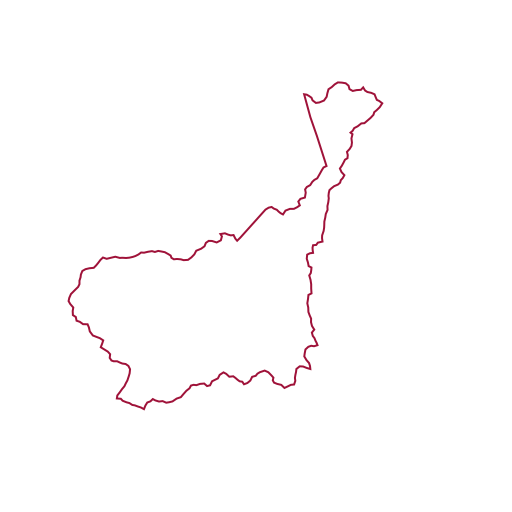 Jaraguá do Sul, Santa Catarina, Brazil, rotated 43°
{"feature_id": "56859067B43014186257508", "entity_name": "Jaraguá do Sul", "entity_type": "district", "adm_level": 2, "iso_a3": "BRA", "parent_name": "Brazil", "parent_adm1": "Santa Catarina", "projection": "mercator", "projection_center": [-49.158, -26.432], "detail": "fine", "context": "isolated", "style": "outline", "palette": "rose", "viewbox_px": 512, "rotation_deg": 43, "n_neighbors": 0, "source": "geoboundaries", "source_scale": "gbopen_adm2", "svg_char_len": 4007}
<svg xmlns="http://www.w3.org/2000/svg" viewBox="0 0 512 512"><g transform="rotate(43 256 256)"><path d="M290.4,424.5L292.2,422.2L294.1,419.3L295.2,414.4L297.3,410.5L297.1,406.4L297.0,402.0L297.6,398.1L296.8,395.1L298.2,392.8L300.5,391.1L302.3,387.7L305.1,384.6L308.9,384.5L310.6,381.9L309.3,377.6L310.6,374.1L311.6,371.5L310.5,367.7L311.6,363.3L314.6,362.5L318.8,362.5L321.4,359.5L324.0,359.2L327.0,359.1L329.5,358.8L331.7,357.3L334.7,358.0L336.3,354.8L336.8,351.0L335.6,347.0L337.5,343.8L337.3,341.1L338.1,338.3L340.5,333.9L344.3,332.6L348.7,332.8L351.7,333.1L353.1,335.5L355.6,336.3L358.7,335.1L362.4,333.0L366.8,333.1L368.2,329.6L369.4,326.4L371.5,324.0L369.9,320.5L367.6,318.6L365.9,316.1L364.3,313.4L362.6,311.1L363.2,306.9L365.8,304.7L369.4,303.3L372.8,301.6L370.5,299.6L367.8,298.1L363.9,297.7L359.8,296.5L358.1,294.1L355.9,290.6L356.2,286.7L357.6,284.0L360.0,282.4L361.8,279.3L359.6,278.2L357.3,277.4L354.8,276.2L352.0,275.7L349.1,273.9L348.8,270.1L344.7,269.0L341.4,266.9L339.0,264.2L335.9,262.9L332.5,261.2L329.4,258.1L325.8,255.6L323.3,251.9L320.9,248.7L322.1,245.5L318.6,242.2L315.6,239.0L312.2,236.3L308.2,233.9L307.7,231.1L306.0,228.6L304.4,226.6L301.4,227.5L298.4,225.3L295.0,223.4L292.5,220.1L293.6,217.2L295.6,214.8L293.5,213.1L291.7,211.4L290.4,209.2L292.5,206.8L292.1,204.1L294.8,200.1L292.1,197.9L290.3,195.8L288.4,191.6L286.5,188.8L284.8,186.8L282.5,184.2L280.4,180.6L278.4,177.7L276.9,173.5L274.2,170.8L272.2,167.4L269.9,164.2L268.0,162.6L266.2,160.2L264.8,157.7L265.0,155.1L265.5,151.7L267.2,147.9L267.5,145.0L266.3,142.7L266.3,139.8L265.5,136.6L261.3,136.3L257.7,134.8L257.2,131.4L256.3,127.9L255.4,124.9L256.2,122.1L254.3,119.6L251.5,117.8L251.5,113.8L250.8,110.4L248.8,107.6L245.6,104.9L243.5,101.1L241.0,101.3L241.3,98.5L240.6,95.5L241.9,91.8L242.6,87.2L244.7,84.9L245.1,81.3L245.6,76.8L245.6,72.6L244.4,70.2L244.8,67.1L245.0,62.8L244.2,58.2L240.3,58.6L237.9,59.4L235.6,58.4L232.4,56.9L229.0,58.1L225.6,60.1L222.9,60.6L219.4,59.6L219.4,62.9L216.4,66.1L214.2,69.3L210.6,70.2L207.5,68.3L203.8,68.5L200.6,70.6L197.5,73.2L196.5,76.8L196.2,80.8L195.3,84.6L197.2,88.3L199.1,91.4L199.7,95.9L197.6,100.5L195.4,103.2L191.2,103.6L188.6,102.4L185.7,102.8L183.1,103.4L180.9,104.9L201.1,117.4L218.7,126.7L246.2,142.1L245.0,145.2L245.6,148.3L246.7,152.7L247.8,157.4L246.8,160.5L246.6,163.4L247.3,167.2L246.1,170.9L246.5,173.8L249.2,175.8L251.9,179.9L249.5,183.9L249.8,187.3L253.5,189.1L252.8,192.3L251.6,195.6L248.6,198.5L246.6,202.7L247.4,207.2L244.8,207.9L242.3,208.1L239.7,208.0L236.6,209.2L234.0,209.5L232.3,212.0L231.3,215.6L232.0,253.2L231.8,257.7L229.1,257.4L225.3,256.0L223.5,258.1L221.0,259.4L217.8,260.6L215.0,264.2L217.7,264.9L219.6,268.5L218.0,272.9L213.6,275.0L211.1,277.2L210.4,280.6L211.7,284.0L210.9,288.1L208.7,292.9L209.8,296.9L209.7,301.1L208.9,305.2L205.9,308.4L203.3,309.7L200.2,312.1L198.2,314.4L195.4,315.0L193.3,313.9L190.7,314.4L186.7,315.4L183.6,317.3L181.0,319.0L179.3,322.0L176.6,323.4L174.1,326.6L171.9,329.9L169.6,331.8L169.0,335.0L167.8,338.3L166.5,340.7L164.6,343.5L162.3,346.1L159.5,348.4L157.7,350.3L153.6,352.5L150.8,356.7L148.7,359.9L145.1,361.5L144.9,364.9L145.3,368.8L145.5,371.9L145.4,375.3L142.5,378.6L140.3,381.9L139.2,385.4L140.6,389.0L142.2,391.2L143.7,394.4L146.1,397.0L147.0,399.9L146.8,404.2L146.6,410.0L148.0,414.0L149.7,416.8L152.9,417.8L157.5,418.3L159.5,421.3L162.4,424.1L165.8,423.5L168.9,425.7L172.0,424.3L176.0,423.8L179.4,420.8L182.5,422.2L185.9,424.5L190.9,425.4L194.9,423.8L197.8,422.6L201.8,421.9L203.2,424.9L204.7,428.6L209.3,427.7L212.8,427.0L216.3,427.3L218.5,430.3L221.6,431.0L223.8,430.0L226.2,427.7L229.3,426.7L231.6,425.8L234.3,423.9L237.6,423.4L241.1,424.7L243.6,428.0L245.0,430.8L246.8,434.7L247.6,437.9L248.6,441.0L248.8,444.7L249.3,448.3L249.7,452.6L251.4,455.1L254.5,452.6L257.2,452.8L261.1,451.3L263.7,449.9L267.1,449.3L269.2,447.9L272.1,446.7L275.1,445.3L278.5,444.4L277.1,440.8L276.4,437.3L277.9,434.3L278.1,431.0L280.8,430.3L284.3,428.6L286.7,425.8L290.4,424.5Z" fill="none" stroke="#9f1239" stroke-width="2"/></g></svg>